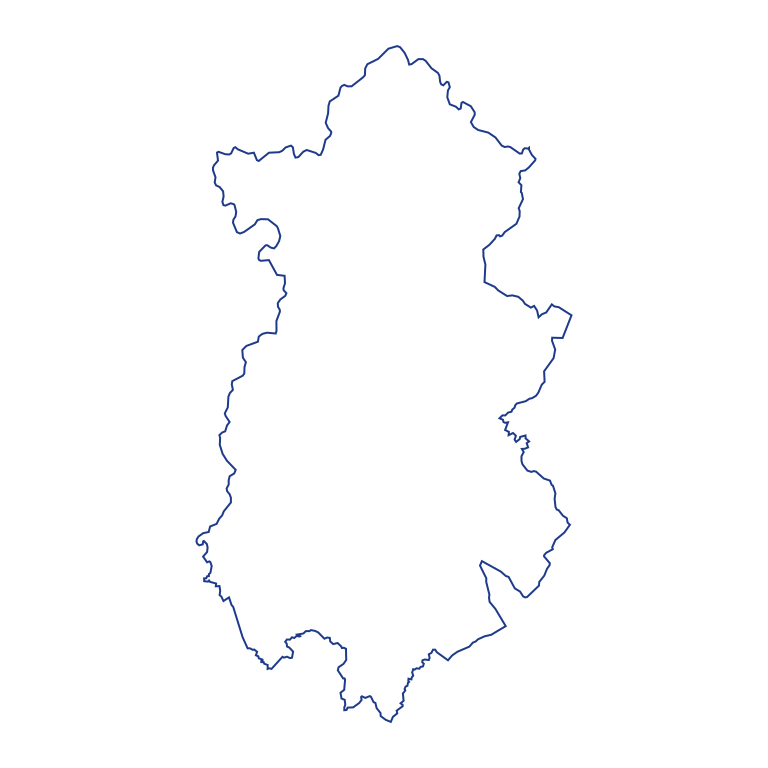 Pacula, Hidalgo, Mexico (Robinson projection)
{"feature_id": "50627088B29621121298920", "entity_name": "Pacula", "entity_type": "district", "adm_level": 2, "iso_a3": "MEX", "parent_name": "Mexico", "parent_adm1": "Hidalgo", "projection": "robinson", "projection_center": [-99.322, 21.003], "detail": "fine", "context": "isolated", "style": "outline", "palette": "blue", "viewbox_px": 768, "rotation_deg": 0, "n_neighbors": 0, "source": "geoboundaries", "source_scale": "gbopen_adm2", "svg_char_len": 6095}
<svg xmlns="http://www.w3.org/2000/svg" viewBox="0 0 768 768"><path d="M529.0,147.8L528.0,148.6L524.8,148.2L523.1,149.7L521.9,153.4L519.7,153.6L510.4,147.1L508.1,146.5L504.6,147.0L501.7,145.6L495.5,137.5L488.3,132.6L478.2,130.0L473.7,127.0L470.9,122.1L474.7,114.8L474.7,112.3L470.8,106.2L462.9,102.0L461.5,102.9L460.7,108.5L458.8,109.4L455.9,106.7L449.8,104.3L447.3,97.3L447.9,90.6L449.8,87.2L448.5,82.4L446.8,81.8L443.3,85.3L441.2,84.3L440.2,82.1L439.4,75.6L438.0,73.0L431.5,68.3L425.7,60.9L423.0,59.1L418.4,59.1L411.6,64.1L409.2,64.6L408.0,59.9L404.6,52.8L400.1,47.2L397.2,46.1L388.4,48.7L378.1,58.9L367.4,64.2L365.2,68.4L364.9,75.2L363.2,77.2L351.6,86.3L347.5,86.3L344.3,84.9L341.9,86.0L340.5,87.6L338.4,95.7L329.8,101.4L328.5,105.7L328.1,113.3L325.7,122.8L328.0,128.0L331.2,131.7L331.2,133.1L330.0,136.0L325.5,139.8L323.1,149.5L320.7,154.8L318.7,155.2L315.7,152.9L306.7,150.0L303.3,151.7L298.3,157.1L295.5,157.6L293.9,153.9L292.9,147.4L291.0,145.6L285.7,147.4L282.2,150.8L279.3,152.2L269.0,152.7L258.7,161.0L256.9,160.1L253.9,152.7L248.2,153.7L237.8,149.3L235.3,147.2L233.7,148.0L231.1,153.4L229.2,154.5L225.2,154.2L218.5,151.8L217.0,152.6L218.0,160.6L214.0,165.3L212.9,167.9L213.1,170.6L215.5,177.3L214.7,182.5L216.1,185.4L219.6,187.0L223.1,191.3L223.6,196.4L222.4,201.8L223.4,205.1L225.4,205.6L230.7,203.3L233.8,204.2L234.6,205.3L236.2,211.9L235.5,216.4L233.4,219.7L233.0,222.7L236.9,232.1L240.0,233.5L244.0,232.0L254.8,224.4L257.4,220.2L261.0,219.1L268.0,219.3L276.8,226.2L277.9,228.2L280.3,236.0L279.1,241.1L276.3,246.1L274.0,248.4L270.8,247.6L267.2,245.2L265.5,245.4L259.2,251.9L258.4,258.3L259.1,260.0L260.9,260.8L268.9,260.1L277.0,274.9L284.6,275.8L285.0,283.2L283.4,288.4L283.7,290.3L286.4,293.2L285.3,295.8L280.3,299.5L277.8,303.1L278.0,306.8L279.7,309.5L279.9,311.7L276.4,321.0L276.5,330.9L275.7,333.5L267.0,332.7L262.3,333.9L258.8,336.6L257.9,341.7L246.4,345.9L242.3,350.0L242.9,357.7L245.9,362.2L244.5,367.0L244.3,373.5L242.7,375.7L232.3,381.1L231.8,384.4L232.9,389.9L229.9,393.0L228.4,396.7L227.8,407.3L224.8,413.4L225.6,415.9L229.6,422.0L227.0,425.5L225.2,431.3L222.2,432.5L219.4,435.1L220.1,437.7L219.8,444.9L222.6,453.8L226.9,460.7L235.7,469.9L234.2,473.5L229.7,476.2L228.7,480.1L228.7,484.5L226.6,488.5L227.1,491.1L229.7,494.4L230.9,497.7L230.9,502.5L223.8,511.3L222.2,515.3L219.2,518.7L216.6,523.9L210.1,526.5L208.7,532.0L203.3,533.1L198.6,536.4L196.8,539.2L196.5,541.6L197.2,543.6L199.1,545.3L202.7,544.4L203.2,541.3L203.9,541.0L206.8,544.0L207.6,547.4L207.1,552.0L203.1,556.6L207.1,562.3L209.3,561.4L210.3,562.0L211.7,566.0L210.4,572.8L208.9,574.1L208.9,576.1L207.2,576.2L206.2,578.3L204.1,578.4L204.2,581.2L208.0,581.6L209.0,580.5L210.1,581.9L216.1,583.5L215.8,586.3L219.5,586.1L220.2,591.1L219.6,595.1L221.3,596.5L223.5,601.0L229.0,597.4L231.5,604.9L233.2,606.9L242.6,637.2L247.6,648.3L249.9,648.3L252.9,649.9L254.2,649.5L257.1,651.8L255.9,655.3L258.3,656.3L258.8,658.3L262.5,659.6L262.6,660.6L261.3,661.0L261.3,662.1L263.7,662.2L264.2,663.7L267.7,665.0L267.6,668.9L269.1,668.3L271.5,668.9L282.5,656.8L284.0,657.6L287.0,656.7L290.0,658.1L292.0,657.7L293.1,651.6L289.1,647.4L287.1,646.6L286.6,643.4L285.2,641.8L286.9,639.5L290.0,639.6L291.9,637.3L294.3,638.0L296.5,636.0L299.6,636.5L300.2,636.1L297.5,634.5L303.4,633.5L305.8,631.1L309.4,631.1L311.0,630.1L315.0,630.9L318.2,632.4L324.4,638.7L327.3,637.5L329.8,637.9L330.2,641.4L333.2,644.1L337.6,643.0L341.2,646.4L341.9,648.0L344.0,647.8L346.0,648.8L346.2,660.0L343.5,663.9L338.6,667.2L337.8,670.3L343.2,678.5L344.5,678.4L345.1,679.5L344.2,689.8L340.5,692.7L341.5,698.5L344.7,699.8L345.3,704.6L344.3,707.4L344.3,710.2L346.5,710.0L347.6,707.6L353.1,707.4L359.2,703.0L361.6,699.9L361.1,697.1L361.9,696.3L365.3,697.9L369.8,696.1L370.9,696.7L373.6,702.2L375.4,702.9L376.6,708.1L380.5,713.0L380.7,716.1L385.7,719.8L390.8,721.9L392.9,716.9L397.2,713.4L396.7,710.6L402.6,706.3L402.7,705.0L400.6,703.3L403.6,700.8L402.9,693.5L405.3,690.4L404.6,689.0L405.6,686.6L407.4,685.8L408.0,682.7L409.1,681.9L408.3,680.8L408.5,678.7L411.4,679.4L411.9,677.1L413.2,675.7L412.2,672.5L413.2,669.2L414.7,669.6L416.5,668.3L419.3,668.7L420.6,666.9L423.0,666.4L423.8,663.7L422.2,662.2L422.5,660.3L424.7,659.5L428.8,660.0L429.6,657.9L428.8,654.3L431.4,652.9L433.0,649.7L435.2,649.7L436.8,652.2L448.0,660.3L452.1,655.5L457.3,651.8L469.4,646.6L472.9,642.6L475.6,641.5L478.0,639.3L484.6,636.3L491.2,634.8L505.7,626.1L495.4,608.9L489.6,601.9L489.0,597.7L489.4,594.7L486.2,581.8L486.3,578.3L480.0,565.6L481.9,561.1L501.0,571.7L505.8,576.0L508.6,576.9L514.8,588.4L520.0,591.5L523.2,596.5L525.3,597.4L527.1,597.0L538.9,585.7L539.3,581.9L544.3,575.6L547.0,568.8L549.6,565.2L549.8,563.2L544.0,556.3L544.2,555.1L546.2,552.8L552.8,549.2L552.2,547.3L555.4,540.0L564.4,532.5L569.9,524.8L567.6,522.6L566.8,518.2L562.9,515.7L558.6,510.2L556.8,509.6L555.5,507.1L554.6,498.8L555.4,493.4L553.0,485.8L551.6,484.8L550.0,480.6L543.8,478.5L536.0,471.6L533.8,471.1L531.4,471.9L527.4,470.6L522.5,464.4L521.5,460.9L521.5,456.2L523.7,452.1L521.9,448.9L524.6,448.8L528.1,447.4L526.7,443.2L529.1,441.4L525.6,438.4L525.5,435.5L520.2,436.9L519.7,439.1L516.1,441.9L514.6,439.6L515.9,435.9L515.5,435.3L513.0,433.0L508.6,435.2L508.9,431.9L505.1,430.0L508.0,422.3L505.2,422.8L503.5,422.1L502.9,419.7L499.5,418.3L502.4,415.4L505.3,415.4L508.1,412.6L511.5,411.7L512.2,409.7L514.6,407.6L515.1,405.5L516.8,403.5L525.7,401.2L529.5,398.7L532.0,398.2L536.0,395.8L538.3,392.7L541.8,384.6L544.6,381.8L544.1,371.3L553.6,358.1L555.2,349.5L552.0,340.7L552.2,337.7L562.6,338.0L571.5,315.3L558.8,307.2L554.3,306.4L551.8,304.4L546.2,312.5L542.0,314.2L538.6,317.3L537.1,310.6L534.1,305.9L530.9,307.6L525.0,303.9L522.8,300.6L518.3,296.8L512.5,295.4L507.0,296.0L498.2,290.4L494.8,286.9L484.5,282.1L485.4,264.6L483.5,256.8L483.3,249.5L489.3,244.9L494.9,238.8L496.6,235.4L499.1,235.2L500.0,236.4L502.1,235.7L504.7,232.1L516.4,223.8L519.5,216.6L519.7,211.1L518.7,208.2L523.0,199.1L521.7,192.8L520.9,192.1L521.4,185.2L518.6,182.3L520.3,178.1L519.3,173.8L520.7,171.1L525.2,170.4L528.8,167.5L535.2,160.3L535.5,158.8L531.9,155.0L529.0,149.5L529.0,147.8Z" fill="none" stroke="#1e3a8a" stroke-width="2"/></svg>